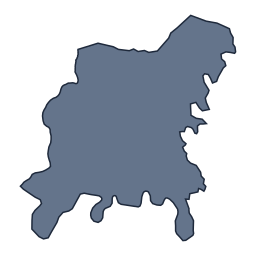 Paso de los Toros, Tacuarembó, Uruguay (Albers equal-area conic projection)
{"feature_id": "84410073B41725704042311", "entity_name": "Paso de los Toros", "entity_type": "district", "adm_level": 2, "iso_a3": "URY", "parent_name": "Uruguay", "parent_adm1": "Tacuarembó", "projection": "albers", "projection_center": [-56.519, -32.72], "detail": "fine", "context": "isolated", "style": "filled", "palette": "slate", "viewbox_px": 256, "rotation_deg": 0, "n_neighbors": 0, "source": "geoboundaries", "source_scale": "gbopen_adm2", "svg_char_len": 3303}
<svg xmlns="http://www.w3.org/2000/svg" viewBox="0 0 256 256"><path d="M78.0,49.4L77.9,50.2L78.1,51.3L78.0,52.3L78.2,52.6L78.0,53.1L78.2,53.9L78.1,54.6L77.7,55.3L77.7,56.6L77.1,57.7L76.9,58.7L76.7,59.0L76.4,59.2L76.0,59.8L75.8,60.2L75.9,60.5L76.0,61.0L75.9,61.6L75.7,62.8L75.6,63.9L75.4,64.4L75.2,66.6L75.2,67.1L75.3,67.4L75.3,68.1L75.1,69.0L75.3,70.0L75.1,71.1L75.1,72.0L75.3,72.4L76.7,75.1L77.7,77.8L78.0,79.4L78.2,80.1L77.9,81.6L77.7,82.4L77.3,83.1L76.8,83.4L76.2,83.6L75.3,83.5L73.9,83.0L72.6,82.8L69.6,83.1L68.3,83.1L67.4,83.5L66.1,84.3L64.7,84.8L63.4,85.4L62.6,86.1L61.8,87.1L60.9,89.3L60.2,92.1L59.2,94.3L57.9,95.9L56.1,97.3L53.3,98.3L50.5,100.2L48.5,102.4L46.7,104.9L45.7,107.3L44.0,110.1L42.9,112.7L42.5,116.0L43.1,120.7L44.2,124.1L46.5,126.1L48.9,127.4L50.1,129.5L50.2,132.2L51.1,135.9L51.1,139.4L50.7,142.8L48.9,147.0L48.3,150.5L47.9,153.8L48.3,156.8L49.2,159.9L50.2,162.8L50.5,166.4L48.8,168.2L45.6,170.1L42.6,171.5L39.1,172.3L35.2,172.9L32.2,174.4L30.9,176.9L29.4,178.8L26.3,180.6L23.8,182.3L22.4,184.2L20.4,186.2L23.3,189.1L35.2,197.2L40.3,199.7L41.5,203.5L39.8,205.8L35.0,210.4L32.4,214.4L32.0,220.5L31.9,229.1L39.1,236.7L43.5,238.9L48.2,237.8L51.2,232.3L56.9,222.5L58.8,217.2L63.0,212.4L68.8,211.0L72.3,208.7L80.3,194.1L84.2,193.2L91.1,194.6L96.0,195.3L99.3,195.9L101.4,197.5L101.8,198.6L101.7,200.0L99.6,202.2L95.9,204.5L92.7,208.1L90.8,212.8L90.7,215.3L91.3,218.0L93.9,221.2L98.1,222.4L101.0,220.7L102.7,217.8L103.2,211.5L104.1,209.6L105.3,208.4L110.2,206.3L112.1,203.2L112.2,198.7L112.5,197.1L113.3,196.0L114.4,195.6L115.6,195.8L116.3,196.7L116.9,198.7L118.4,202.7L121.1,204.3L123.1,204.6L134.9,206.4L135.3,206.4L138.2,206.9L140.0,206.0L140.2,205.5L141.1,203.1L141.8,196.9L143.0,193.2L144.1,191.7L145.7,191.1L147.1,191.3L148.4,191.9L150.3,195.8L150.6,200.7L152.7,203.6L156.9,205.0L160.7,205.3L162.6,203.9L164.1,200.3L165.0,198.8L165.9,198.0L167.3,198.0L169.6,199.1L173.3,202.6L177.6,209.1L178.0,211.7L177.8,214.2L175.3,220.9L175.6,225.8L175.6,230.2L175.6,231.0L176.7,233.7L179.9,237.1L182.9,240.6L185.8,240.3L192.9,235.3L193.6,233.5L193.5,232.6L193.2,230.5L193.4,223.7L193.5,220.7L191.7,216.8L189.7,213.8L189.2,212.9L188.9,209.8L189.0,208.7L185.5,199.1L189.0,199.3L189.8,193.7L194.1,192.8L197.9,191.9L198.6,188.5L200.7,189.2L203.9,191.2L205.0,189.2L205.8,186.4L203.4,183.8L204.2,179.2L201.2,176.1L200.6,172.2L196.2,165.4L190.5,163.1L187.4,160.1L186.2,156.0L186.7,153.5L184.3,151.2L182.6,147.2L185.4,144.9L186.0,143.7L182.5,140.7L180.4,136.3L179.7,131.9L182.4,131.5L184.3,131.6L185.7,127.5L187.6,126.5L191.4,127.6L193.0,129.2L194.9,133.2L196.6,133.7L197.7,131.8L197.5,128.3L197.5,125.9L200.0,124.0L202.9,124.0L206.4,123.6L202.2,119.2L196.2,118.3L191.0,115.3L190.6,107.6L190.5,103.9L195.9,102.4L199.4,107.9L202.4,110.8L209.3,109.4L208.1,106.6L206.3,102.5L205.3,98.0L208.1,93.1L209.0,90.3L205.5,84.5L204.1,82.2L202.9,75.8L204.6,73.8L208.3,74.5L210.5,78.3L212.5,83.0L216.6,81.4L218.3,76.7L221.1,71.8L223.3,67.9L225.8,65.7L224.7,61.7L221.6,59.0L221.0,54.1L225.9,51.9L230.1,52.4L234.6,53.3L235.6,51.9L235.0,47.1L232.9,44.0L233.1,37.5L230.6,33.1L229.4,28.7L217.0,23.1L206.0,21.1L190.7,15.4L176.9,28.1L170.8,33.0L168.7,38.1L157.4,51.0L148.8,52.4L144.4,50.5L138.1,51.5L133.6,49.0L129.3,50.7L118.4,49.4L113.4,46.8L98.0,43.2L78.0,49.4Z" fill="#64748b" stroke="#1e293b" stroke-width="1.5"/></svg>